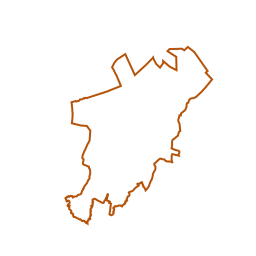 Coatepec Harinas, México, Mexico, rotated 47°
{"feature_id": "50627088B96947768971669", "entity_name": "Coatepec Harinas", "entity_type": "district", "adm_level": 2, "iso_a3": "MEX", "parent_name": "Mexico", "parent_adm1": "México", "projection": "mercator", "projection_center": [-99.782, 18.94], "detail": "fine", "context": "isolated", "style": "outline", "palette": "amber", "viewbox_px": 256, "rotation_deg": 47, "n_neighbors": 0, "source": "geoboundaries", "source_scale": "gbopen_adm2", "svg_char_len": 5946}
<svg xmlns="http://www.w3.org/2000/svg" viewBox="0 0 256 256"><g transform="rotate(47 128 128)"><path d="M136.9,220.0L137.1,219.9L136.9,220.4L137.0,220.7L136.6,221.4L136.7,221.7L138.5,222.1L139.6,222.9L140.0,222.9L140.2,222.6L140.2,222.0L140.3,221.6L140.6,221.0L141.1,220.9L141.5,220.9L142.5,221.4L143.1,222.0L143.2,222.3L143.3,222.5L143.1,223.7L143.2,224.3L143.3,224.8L143.6,225.2L144.2,225.3L144.6,225.0L144.7,224.2L145.0,223.9L145.3,224.8L145.5,225.1L146.1,225.1L146.3,225.2L146.4,225.5L146.5,225.7L147.0,226.2L147.4,226.3L149.0,226.0L149.6,226.0L150.1,226.1L150.4,226.5L150.8,227.3L151.2,227.6L151.5,227.7L152.0,227.6L152.2,227.1L152.5,226.9L153.0,226.8L153.4,226.8L153.7,226.9L154.5,227.8L154.9,228.1L155.4,228.1L155.7,228.0L156.1,228.3L156.6,227.6L156.8,227.5L158.1,227.1L158.6,226.8L159.7,226.5L160.3,226.2L160.6,226.2L161.9,225.8L162.1,225.3L162.4,225.0L164.5,225.1L165.3,224.5L165.3,223.8L166.3,223.2L166.6,223.2L167.4,223.5L167.7,223.5L168.2,223.3L168.7,223.4L168.7,223.1L169.1,222.8L169.3,222.8L169.8,222.9L170.3,222.8L169.6,222.2L168.6,222.0L168.7,221.4L168.5,221.1L168.4,220.4L168.7,220.1L168.6,219.9L167.9,219.3L167.7,218.9L168.5,218.4L168.8,217.7L168.3,217.5L167.3,216.9L167.0,215.8L166.5,215.6L166.3,215.3L166.5,215.0L166.6,214.8L166.5,214.6L165.6,213.7L165.2,213.6L164.9,213.8L163.6,212.5L163.3,212.3L163.2,212.0L163.4,211.6L163.1,211.4L162.8,211.2L162.4,211.3L162.1,211.1L162.0,210.8L161.8,210.7L161.5,210.2L161.4,209.7L161.6,209.1L161.6,208.8L161.2,208.3L160.0,208.1L160.1,207.9L160.8,207.4L160.8,207.0L159.9,206.7L159.6,205.5L158.9,205.4L158.5,205.0L158.7,204.7L158.3,204.1L158.1,203.8L157.8,203.7L157.3,203.8L156.2,202.7L156.2,202.4L156.5,201.9L156.8,201.6L156.7,201.2L157.1,200.5L160.3,199.6L164.4,198.1L165.7,197.6L166.1,196.9L165.2,194.8L165.0,193.1L164.0,191.7L164.0,190.1L163.2,189.5L162.5,188.2L162.6,187.9L162.8,187.9L163.0,188.0L166.3,193.0L167.4,192.3L169.4,191.5L169.5,191.8L169.7,192.0L169.5,192.4L169.6,192.6L169.6,192.8L170.0,192.9L171.7,192.0L173.7,194.6L174.7,195.7L174.9,195.8L175.3,196.3L178.5,200.5L179.9,200.0L180.4,199.7L180.7,199.4L180.7,198.5L180.9,197.9L180.6,196.9L180.3,196.7L180.1,196.2L179.6,196.2L179.4,195.7L179.0,195.5L179.1,195.3L178.3,193.7L177.5,193.3L176.8,193.5L176.6,193.4L176.2,192.8L176.5,192.2L176.6,191.6L176.5,191.1L176.3,190.9L176.4,190.7L177.4,190.0L178.6,187.4L179.1,186.6L181.2,185.9L181.0,185.3L180.8,184.9L180.7,184.4L181.1,183.7L181.0,183.3L181.0,182.9L180.8,182.0L181.2,181.8L181.0,181.4L181.0,181.1L180.5,180.8L180.4,180.4L180.5,180.2L180.4,180.1L179.9,179.9L180.4,178.6L180.5,178.1L180.4,178.0L180.1,178.1L179.9,177.8L179.4,177.9L179.2,177.7L178.9,177.1L178.6,176.1L178.0,175.1L177.9,174.9L178.3,174.2L178.4,173.7L178.3,173.4L178.1,172.9L177.6,172.1L177.2,171.8L176.5,171.6L175.9,171.5L175.7,171.4L175.7,171.1L176.2,169.5L176.9,168.5L177.2,166.8L176.9,164.8L176.9,163.3L177.0,161.5L177.4,159.4L176.2,159.2L175.3,159.3L175.3,159.0L176.5,157.5L176.9,156.5L176.9,156.1L176.7,155.9L177.1,154.8L177.9,155.0L178.1,155.1L178.5,155.6L179.5,155.7L179.9,156.1L180.6,156.3L180.8,156.5L180.9,156.3L181.2,156.4L181.4,156.6L181.7,156.7L182.5,156.6L182.9,156.8L184.2,157.0L185.6,157.7L185.6,157.0L185.2,154.2L184.8,152.5L182.9,148.8L182.3,147.3L182.0,146.2L181.1,144.4L180.1,142.9L178.6,141.0L177.9,139.3L177.0,136.4L176.0,135.1L175.2,134.5L173.7,133.9L172.7,133.7L172.1,133.3L172.1,126.3L172.3,125.9L172.4,125.3L172.6,125.0L174.3,124.2L174.7,123.9L175.2,123.2L175.4,123.0L176.5,122.9L177.7,122.9L177.8,122.7L178.6,122.6L180.0,121.4L180.3,120.9L180.9,120.5L181.6,119.9L181.8,119.5L182.1,119.3L183.0,119.3L183.2,119.2L183.3,119.0L181.7,118.2L180.6,117.5L180.0,116.8L178.1,115.0L177.5,114.0L177.3,113.4L182.9,109.7L182.3,109.5L181.9,109.3L181.5,108.1L181.0,107.3L180.6,106.7L180.1,106.4L179.6,106.4L179.3,106.4L178.8,106.7L178.2,107.2L176.9,107.9L176.4,108.4L175.7,108.6L175.4,108.8L173.7,109.6L173.0,109.9L172.5,110.0L171.6,108.5L171.0,107.8L168.7,105.7L167.7,104.7L167.3,103.7L167.1,103.2L167.5,100.3L167.5,98.8L167.7,96.8L167.5,96.4L166.4,94.9L166.2,94.3L165.6,93.3L165.8,91.7L165.2,91.4L163.8,90.4L163.5,90.0L161.7,88.8L160.8,87.9L160.0,87.5L157.5,86.6L156.6,85.9L156.1,85.4L154.4,82.4L153.8,81.7L154.8,80.7L154.4,80.2L153.6,79.5L153.5,79.0L153.8,75.3L153.8,74.3L153.8,73.9L153.2,72.3L152.4,70.9L151.9,70.2L150.4,68.6L150.1,67.8L150.6,66.7L149.7,65.1L149.3,64.1L149.1,63.5L149.2,62.4L149.4,61.8L149.8,61.1L151.0,59.5L151.3,58.1L151.7,57.3L151.7,49.3L151.1,42.8L149.8,33.4L140.6,33.4L140.6,30.9L117.5,27.7L109.5,29.0L109.6,33.8L106.8,34.5L98.6,43.8L98.8,46.7L108.9,44.2L118.8,53.1L111.4,55.7L103.0,56.6L104.5,57.9L105.7,63.4L100.3,63.7L94.6,62.1L93.5,61.5L93.7,62.8L94.1,72.4L94.0,86.9L72.1,79.6L70.4,89.3L71.0,93.5L72.7,98.2L75.1,98.7L80.8,100.4L81.2,100.4L91.8,104.3L92.4,104.6L87.9,116.0L87.8,116.8L78.2,137.2L78.2,137.6L76.9,138.6L76.8,138.9L76.4,139.3L76.6,139.6L76.6,139.8L76.2,140.0L75.8,141.6L75.4,142.5L74.4,143.5L74.7,144.7L74.6,145.3L73.4,147.7L72.9,147.8L72.7,147.8L70.6,151.7L75.9,155.6L77.0,156.5L77.2,156.8L80.2,159.1L83.5,162.6L86.3,165.8L94.0,160.8L98.4,156.7L104.3,157.4L111.0,164.7L112.0,167.6L112.2,168.5L114.8,174.5L115.0,175.3L116.9,179.4L117.2,180.1L118.3,181.4L118.9,181.9L120.7,181.9L122.4,184.2L123.5,185.4L123.8,185.5L124.4,185.4L129.7,183.0L130.7,183.8L131.8,184.0L132.7,184.3L134.1,185.4L135.5,186.6L136.3,187.8L136.4,188.2L136.7,188.5L137.0,189.2L138.3,190.1L138.8,191.0L139.1,193.0L139.7,194.1L140.3,195.6L140.7,198.5L141.3,200.7L141.6,201.3L142.0,201.5L141.9,202.3L142.4,202.9L142.6,204.4L143.4,205.6L143.5,206.1L144.0,206.7L144.1,207.2L144.1,207.5L144.1,207.9L143.4,209.2L143.3,209.7L143.0,210.0L142.9,210.2L142.8,210.9L143.0,211.5L143.0,212.0L142.1,213.3L141.5,214.1L141.3,215.7L141.0,215.8L140.8,215.7L140.6,215.3L140.4,215.2L139.7,215.2L138.5,216.3L138.3,216.5L138.2,216.8L138.3,217.7L138.2,217.9L138.0,218.1L137.7,218.2L137.2,218.2L137.2,218.3L137.2,218.7L136.8,219.1L136.8,219.5L136.9,220.0Z" fill="none" stroke="#b45309" stroke-width="2"/></g></svg>